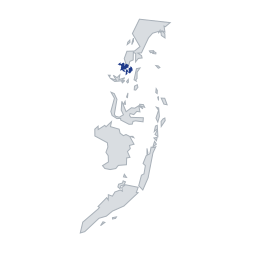 Raja Ampat, Papua Barat, Indonesia shown in context, rotated 276°
{"feature_id": "22746128B90221566890304", "entity_name": "Raja Ampat", "entity_type": "district", "adm_level": 2, "iso_a3": "IDN", "parent_name": "Indonesia", "parent_adm1": "Papua Barat", "projection": "albers", "projection_center": [130.461, -0.827], "detail": "fine", "context": "in_parent", "style": "filled", "palette": "blue", "viewbox_px": 256, "rotation_deg": 276, "n_neighbors": 0, "source": "geoboundaries", "source_scale": "gbopen_adm2", "svg_char_len": 8131}
<svg xmlns="http://www.w3.org/2000/svg" viewBox="0 0 256 256"><g transform="rotate(276 128 128)"><path d="M87.9,106.6L92.2,112.1L98.4,111.2L101.5,108.6L107.0,110.0L111.2,109.0L116.6,95.9L123.4,95.1L126.7,98.1L123.3,98.5L128.2,104.6L126.9,106.0L132.6,110.9L127.5,110.4L125.9,119.3L122.0,120.7L119.9,124.2L121.3,126.7L119.8,130.6L112.5,135.7L110.8,131.3L107.7,132.4L104.5,129.9L99.0,133.0L98.1,129.8L91.3,130.3L89.8,122.3L86.4,120.1L84.8,114.6L85.3,109.2L87.9,106.6ZM18.6,91.5L29.7,92.9L44.4,106.8L46.1,107.9L46.8,106.4L56.5,114.1L54.3,115.9L59.6,115.4L58.6,119.6L63.0,121.7L65.5,126.7L64.6,129.1L68.1,128.0L71.3,131.4L70.1,144.3L64.8,143.0L64.7,144.8L50.0,132.1L43.7,121.2L38.1,115.7L35.2,108.6L20.4,95.8L18.6,91.5ZM237.4,128.0L237.2,158.9L232.6,154.5L233.1,153.2L227.3,154.7L228.3,151.6L226.7,150.0L227.2,149.8L228.2,149.9L228.7,149.7L226.0,148.5L227.2,148.1L224.8,142.5L219.8,139.0L204.1,133.5L203.5,129.9L201.4,133.9L199.1,134.7L198.3,131.0L194.6,128.6L202.8,127.9L203.9,125.4L196.2,126.0L194.4,122.8L190.0,122.1L191.2,119.4L196.6,117.0L204.2,118.9L205.2,126.4L210.2,131.4L222.4,122.5L237.4,128.0ZM160.8,110.7L155.4,114.0L140.2,113.0L138.4,114.3L137.8,118.2L140.7,122.1L145.1,119.4L153.9,119.1L144.0,124.4L148.5,129.3L148.4,132.7L151.3,136.4L145.3,138.2L145.4,135.0L141.9,132.3L142.6,128.6L140.7,128.2L138.9,129.6L139.8,142.2L135.7,142.3L135.9,134.8L135.1,132.3L132.3,131.8L131.8,128.6L135.2,119.9L136.8,119.7L136.2,116.0L138.8,110.9L142.6,109.2L156.2,111.4L161.8,107.4L160.8,110.7ZM71.7,144.7L82.4,146.3L84.1,148.7L92.4,149.2L94.3,146.7L102.4,149.0L104.7,152.4L111.4,153.0L111.3,155.9L112.3,157.6L105.9,155.4L80.6,153.2L67.9,149.2L71.7,144.7ZM174.4,111.3L178.9,107.9L176.9,111.8L180.0,114.3L175.1,113.9L177.7,119.6L174.2,116.5L172.9,109.9L175.8,104.9L174.4,111.3ZM176.6,129.0L187.9,130.2L189.0,133.7L184.5,131.2L178.2,131.8L176.3,130.4L175.2,132.0L176.6,129.0ZM151.1,156.4L142.8,158.0L137.0,157.0L140.8,154.8L148.9,156.5L151.7,154.0L151.1,156.4ZM127.2,154.5L132.8,155.1L133.8,156.8L122.7,158.6L124.4,155.5L128.3,157.2L129.5,156.5L127.2,154.5ZM161.2,157.9L161.4,161.4L155.2,164.5L155.5,161.2L161.2,157.9ZM71.1,124.5L72.7,128.3L74.9,128.7L74.2,131.1L71.0,130.0L69.9,127.0L66.8,126.4L68.3,124.1L71.1,124.5ZM225.6,154.8L221.4,155.4L223.5,151.5L226.8,150.7L227.8,152.1L225.6,154.8ZM138.0,160.2L140.6,161.8L141.8,163.6L139.2,164.2L133.0,160.9L138.0,160.2ZM170.3,130.1L172.0,132.7L169.5,133.6L166.5,131.7L166.6,130.2L170.3,130.1ZM111.7,154.7L117.5,155.8L114.9,157.9L111.7,154.7ZM120.8,154.8L121.7,158.0L118.3,157.6L120.8,154.8ZM81.6,129.2L78.7,131.7L78.9,128.6L81.6,129.2ZM206.9,141.2L207.6,145.4L206.3,145.5L205.2,142.5L206.9,141.2ZM109.7,149.0L105.3,150.4L103.3,149.7L109.7,149.0ZM152.8,137.1L152.9,140.8L150.3,142.4L151.3,137.5L152.8,137.1ZM28.0,110.9L32.1,112.9L31.7,114.9L28.0,110.9ZM38.4,125.8L36.8,125.1L35.9,122.1L37.2,121.9L38.4,125.8ZM191.5,153.4L190.6,151.9L193.0,149.2L192.9,151.6L191.5,153.4ZM186.9,115.7L191.6,116.7L186.3,116.3L186.9,115.7ZM158.6,123.3L162.9,124.3L158.2,124.3L158.6,123.3ZM150.8,139.0L148.6,140.8L150.5,137.5L150.8,139.0ZM210.9,118.5L213.3,118.8L215.6,120.6L213.4,121.0L210.9,118.5ZM170.1,151.9L168.5,153.2L165.3,153.4L166.2,151.9L170.1,151.9ZM206.7,146.0L205.7,148.0L204.6,147.9L204.7,144.8L206.7,146.0ZM176.4,123.2L173.6,123.6L172.8,122.9L174.0,121.7L176.4,123.2ZM211.3,123.0L214.7,123.3L218.0,124.0L214.9,124.4L211.3,123.0ZM151.4,121.1L154.3,122.3L151.3,123.0L151.4,121.1ZM178.6,104.8L176.7,104.4L178.5,103.0L178.6,104.8ZM158.6,155.5L161.8,154.3L162.2,155.0L158.6,155.5ZM186.9,123.4L186.4,125.1L184.0,124.2L185.2,123.7L186.9,123.4ZM120.2,133.7L119.0,134.8L119.9,131.2L120.2,133.7ZM173.6,116.9L175.1,119.2L174.5,119.6L172.3,117.7L173.6,116.9Z" fill="#d9dde1" stroke="#a8b0b8" stroke-width="1"/><path d="M188.1,115.9L188.3,115.8L188.1,115.8L188.5,115.7L188.4,115.8L188.6,115.8L188.7,116.0L188.9,116.2L189.0,116.5L189.3,116.5L189.5,116.8L189.7,117.0L189.9,117.1L190.1,117.1L190.4,116.8L191.1,117.2L191.3,117.0L191.6,116.8L191.4,116.5L191.4,116.2L191.2,116.0L190.9,116.0L190.7,115.7L190.1,115.6L189.9,115.5L189.7,115.5L189.1,115.4L188.7,115.5L188.9,115.5L188.6,115.6L188.2,115.6L187.9,115.6L187.6,115.5L187.3,115.8L187.2,115.7L187.1,115.9L187.1,115.7L186.9,115.7L187.0,115.9L186.9,116.0L186.8,115.7L186.8,115.9L186.6,115.8L186.5,116.0L186.8,116.2L186.7,116.0L186.9,116.1L187.0,116.1L187.1,115.9L187.2,116.0L187.3,116.3L186.9,116.5L186.9,116.3L186.2,116.4L186.5,116.4L186.7,116.6L186.8,116.6L187.0,116.7L187.7,116.5L187.6,116.8L187.8,116.8L187.8,117.2L187.8,117.4L188.0,117.2L187.8,117.1L187.9,116.9L188.4,116.7L188.6,116.9L188.4,117.0L188.7,117.5L189.4,117.4L189.7,117.2L189.6,116.8L189.4,116.9L189.2,116.8L189.1,116.7L189.0,116.9L188.7,116.7L188.5,116.3L188.3,116.1L188.1,116.0L188.1,115.9ZM186.8,123.3L186.4,123.5L185.5,123.5L184.7,123.8L184.3,124.1L184.0,124.1L183.9,124.2L184.5,124.7L185.0,124.9L185.7,124.9L185.7,125.0L185.8,125.1L186.4,125.1L186.5,125.0L186.4,124.9L186.6,124.9L186.8,124.6L186.7,124.8L187.1,124.9L186.9,125.0L187.4,124.9L187.2,124.9L187.3,124.6L187.2,124.8L187.3,124.6L186.9,124.6L187.1,124.3L187.2,124.2L187.4,124.0L186.9,123.5L187.0,123.3L186.8,123.3ZM189.8,120.9L190.2,121.0L190.2,120.8L190.4,120.1L190.3,119.9L190.1,119.7L189.7,119.8L189.6,119.6L189.2,119.6L189.0,119.8L188.2,119.9L188.6,120.5L188.4,120.6L188.7,120.9L188.7,121.0L188.9,120.9L189.2,121.1L189.6,121.1L189.8,120.9ZM189.2,119.1L189.0,118.9L189.1,119.2L188.6,119.3L188.4,119.1L188.5,119.2L188.4,119.3L188.2,119.1L188.0,119.3L187.9,119.1L187.7,119.3L187.6,119.1L187.4,119.2L187.4,119.4L187.4,119.6L187.2,119.6L187.4,119.6L187.5,119.7L187.4,119.6L187.7,119.6L188.0,119.7L189.2,119.4L189.5,119.3L189.3,119.2L189.6,119.1L189.3,119.0L189.2,119.0L189.2,119.1ZM188.1,117.3L187.7,117.6L187.4,117.5L187.5,117.5L187.4,117.5L187.6,117.7L187.4,117.9L187.8,117.8L187.9,117.6L188.1,117.7L188.0,117.9L187.9,117.9L188.3,117.8L188.5,117.5L188.1,117.3ZM184.7,120.8L184.1,120.9L183.9,121.0L184.0,121.1L184.7,121.0L184.4,121.1L184.9,120.9L184.9,121.1L185.1,120.9L184.7,120.8ZM184.7,117.3L184.6,117.7L184.8,117.5L184.8,117.3L184.7,117.3ZM190.4,120.5L190.6,120.4L190.7,120.1L190.4,120.1L190.4,120.5ZM185.9,115.4L185.6,115.3L185.7,115.5L185.8,115.8L186.0,115.7L185.9,115.5L185.7,115.5L185.9,115.4ZM184.0,120.8L183.8,120.8L183.7,120.9L183.8,121.0L184.0,120.8ZM190.3,113.5L190.2,113.4L190.1,113.5L190.3,113.7L190.3,113.5ZM188.3,118.1L188.1,118.1L187.8,118.3L188.3,118.1ZM186.3,116.7L186.1,116.7L186.1,116.8L186.3,116.9L186.3,116.7ZM186.3,125.7L186.3,125.8L186.6,125.8L186.3,125.7ZM183.6,124.0L183.5,123.7L183.4,123.9L183.6,124.0ZM187.8,119.1L187.6,119.2L187.8,119.3L187.8,119.1ZM189.6,115.4L189.8,115.3L189.6,115.3L189.6,115.4ZM186.2,122.3L186.5,122.3L186.2,122.3ZM187.1,125.4L186.9,125.4L186.8,125.5L187.0,125.5L187.1,125.4ZM182.7,121.0L182.7,120.9L182.7,121.0ZM190.7,113.0L190.8,113.0L190.7,112.9L190.7,113.0ZM189.0,118.9L188.8,119.0L189.0,119.0L188.9,119.0L189.0,118.9ZM186.3,117.0L186.1,116.9L186.3,117.0ZM186.7,118.4L186.5,118.5L186.7,118.4ZM191.0,112.7L190.9,112.6L191.0,112.7ZM189.4,116.8L189.5,116.9L189.4,116.8ZM182.1,120.8L181.9,120.8L182.0,120.9L182.1,120.8ZM189.5,115.2L189.3,115.3L189.5,115.2L189.5,115.2ZM187.2,125.9L187.5,125.9L187.2,125.9ZM182.1,120.8L182.3,120.9L182.2,120.8L182.1,120.8ZM188.7,119.1L188.8,119.0L188.7,119.1L188.7,119.1ZM188.1,124.8L187.8,124.8L188.0,124.9L188.1,124.8ZM186.3,116.2L186.2,116.2L186.3,116.2ZM186.5,116.2L186.4,116.2L186.6,116.3L186.5,116.2ZM186.6,125.5L186.7,125.4L186.6,125.5ZM190.7,120.3L190.8,120.4L190.7,120.3ZM184.0,120.8L184.2,120.7L184.0,120.8ZM190.2,121.0L190.3,120.9L190.2,120.8L190.2,121.0ZM186.5,118.1L186.4,117.9L186.5,118.1ZM190.6,113.5L190.7,113.4L190.6,113.5ZM186.3,118.8L186.2,118.8L186.3,118.8ZM186.8,116.4L186.7,116.3L186.8,116.4ZM187.4,124.8L187.3,124.7L187.3,124.8L187.4,124.8ZM188.2,119.8L188.3,119.8L188.2,119.8L188.2,119.8ZM184.7,123.1L184.8,123.1L184.7,123.1ZM185.5,115.7L185.2,115.7L185.5,115.7ZM183.3,123.8L183.4,123.7L183.3,123.8ZM188.5,116.0L188.4,116.0L188.5,116.0ZM187.5,125.5L187.3,125.4L187.4,125.5L187.5,125.5ZM184.1,123.5L184.1,123.4L184.1,123.5ZM183.8,121.0L183.7,121.0L183.8,121.0L183.8,121.0Z" fill="#3b82f6" stroke="#1e3a8a" stroke-width="1.5"/></g></svg>